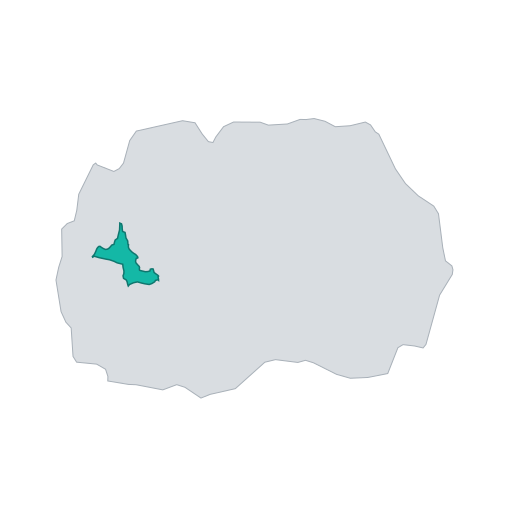 location of Drugovo within North Macedonia, rotated 13°
{"feature_id": "MKD-2953", "entity_name": "Drugovo", "entity_type": "Statistical Region", "adm_level": 1, "iso_a3": "MKD", "parent_name": "North Macedonia", "parent_adm1": "", "projection": "orthographic", "projection_center": [20.913, 41.469], "detail": "fine", "context": "in_parent", "style": "filled", "palette": "teal", "viewbox_px": 512, "rotation_deg": 13, "n_neighbors": 0, "source": "natural_earth", "source_scale": "10m", "svg_char_len": 2369}
<svg xmlns="http://www.w3.org/2000/svg" viewBox="0 0 512 512"><g transform="rotate(13 256 256)"><path d="M230.2,124.7L238.6,125.7L256.9,120.3L268.2,113.0L274.0,111.8L281.7,109.0L292.9,109.2L304.2,112.2L318.4,107.9L332.4,100.9L338.1,102.5L344.3,108.2L348.3,109.7L372.2,139.7L385.3,151.8L400.6,160.9L418.0,167.4L424.3,173.8L436.1,205.9L441.7,218.1L449.1,221.6L451.0,225.1L451.4,229.8L443.7,252.8L441.5,303.9L439.5,308.0L430.8,308.0L419.2,309.3L414.9,313.4L410.8,340.9L392.3,349.2L375.4,353.9L361.1,353.2L335.9,347.1L327.7,346.5L320.7,350.3L298.3,352.6L288.5,357.5L265.7,389.9L242.3,401.2L234.3,406.8L216.3,399.9L207.7,399.2L195.3,407.4L168.1,408.4L160.7,409.8L139.7,411.1L138.8,406.7L134.9,400.2L125.1,397.2L105.1,399.8L100.3,395.0L92.1,367.7L85.7,363.3L78.6,354.1L66.5,324.4L66.3,311.4L67.2,300.1L60.6,273.5L64.8,266.8L71.0,262.6L71.1,251.9L69.4,235.7L76.9,203.8L78.9,201.5L80.8,203.0L98.5,205.6L103.1,201.6L106.0,195.3L107.0,171.9L111.3,161.2L154.0,140.7L166.6,139.9L176.2,149.3L183.9,155.3L188.5,155.1L190.1,149.0L195.3,137.3L204.0,130.5L229.9,124.7L230.2,124.7Z" fill="#d9dde1" stroke="#a8b0b8" stroke-width="1"/><path d="M115.9,254.6L117.7,254.9L118.8,256.9L119.5,259.5L120.5,262.1L123.1,262.5L124.2,265.0L125.2,267.6L127.6,270.2L128.3,272.5L128.7,273.5L129.3,273.7L129.3,274.5L129.7,276.1L130.6,277.5L131.7,278.4L134.0,279.9L136.2,280.9L138.4,281.6L140.7,283.2L141.3,284.3L141.2,284.6L139.9,285.1L139.7,286.9L139.9,288.4L140.5,289.6L142.8,291.3L144.5,292.4L145.2,293.6L145.2,294.8L145.8,296.1L147.3,296.2L149.8,296.2L151.7,296.2L153.8,295.6L156.0,294.5L156.0,292.6L157.5,291.9L158.7,291.8L159.3,292.9L160.4,295.0L162.4,295.9L164.8,296.9L165.6,297.5L165.2,298.3L166.3,300.7L166.5,301.6L165.8,301.2L163.5,302.4L163.1,303.9L160.7,306.3L158.3,307.8L153.7,308.1L150.6,308.1L146.3,307.9L142.7,309.6L139.2,312.2L138.3,314.0L137.5,312.8L136.1,309.9L134.9,308.5L132.0,307.6L130.9,305.2L131.2,302.9L130.7,300.3L129.0,296.9L128.0,294.0L127.3,294.0L122.2,293.9L118.9,293.1L114.2,292.6L110.3,292.8L103.4,292.9L98.5,292.6L97.1,293.9L96.7,293.4L98.0,291.1L98.4,289.7L98.9,287.3L99.2,285.1L99.8,283.3L100.9,281.9L102.1,281.7L102.8,282.1L103.5,282.4L105.3,283.0L107.7,283.5L109.7,282.8L111.3,281.1L113.1,277.7L115.0,276.6L115.0,274.1L115.2,272.1L117.1,270.0L117.1,267.4L117.1,265.3L117.2,261.4L116.2,255.9L115.9,254.6Z" fill="#14b8a6" stroke="#0f766e" stroke-width="1.5"/></g></svg>